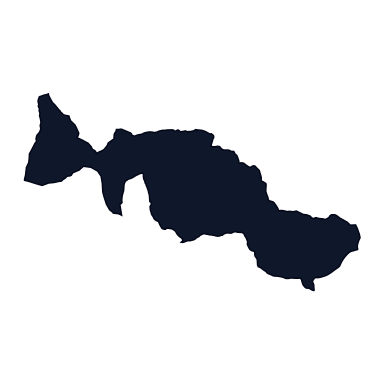 the district of Dagala, Thimphu, Bhutan, rotated 269°
{"feature_id": "84629894B90537236845167", "entity_name": "Dagala", "entity_type": "district", "adm_level": 2, "iso_a3": "BTN", "parent_name": "Bhutan", "parent_adm1": "Thimphu", "projection": "orthographic", "projection_center": [89.65, 27.288], "detail": "fine", "context": "isolated", "style": "filled", "palette": "ink", "viewbox_px": 384, "rotation_deg": 269, "n_neighbors": 0, "source": "geoboundaries", "source_scale": "gbopen_adm2", "svg_char_len": 6060}
<svg xmlns="http://www.w3.org/2000/svg" viewBox="0 0 384 384"><g transform="rotate(269 192 192)"><path d="M156.2,355.0L156.1,349.4L156.4,349.2L157.4,348.4L158.8,347.0L159.7,345.7L160.4,344.3L160.8,343.7L161.4,342.8L163.2,339.6L165.9,336.1L166.7,334.6L166.8,333.7L166.8,331.3L166.4,330.4L165.6,329.4L164.4,328.7L163.8,328.1L163.1,326.7L162.1,324.8L162.6,323.4L162.9,322.2L163.0,320.8L163.3,318.6L163.8,316.6L164.2,315.8L164.0,314.6L163.4,313.3L163.4,312.3L164.5,310.8L165.7,309.9L166.4,308.2L167.1,306.5L167.4,304.5L167.6,302.8L171.2,295.8L170.8,294.7L170.5,292.7L171.0,288.8L170.7,287.2L171.9,282.2L171.9,280.1L171.6,279.0L172.4,278.2L174.3,277.4L176.9,275.9L180.0,273.7L180.7,272.8L181.4,270.8L181.7,269.5L182.8,268.2L185.9,267.6L187.2,267.0L191.1,265.8L193.0,265.8L197.5,266.2L198.9,266.1L199.6,265.5L199.9,264.8L200.8,263.6L201.7,261.8L202.2,261.3L203.5,261.4L204.7,261.5L206.2,261.3L212.4,259.6L215.2,256.8L216.6,255.7L217.1,254.5L217.1,253.5L215.6,250.8L216.0,249.3L218.2,246.2L219.8,244.3L220.2,243.0L220.3,241.7L220.1,239.7L220.7,239.3L222.4,239.3L224.1,238.7L225.9,238.2L228.0,237.2L228.9,236.1L229.2,235.5L230.4,235.2L231.1,234.9L231.9,234.2L231.8,232.4L232.2,231.4L233.0,230.1L233.3,228.7L233.4,227.0L233.3,225.5L233.7,223.5L235.2,221.7L236.9,220.4L237.3,218.3L236.9,216.4L236.9,213.7L237.2,211.9L238.9,212.1L240.9,212.7L244.7,213.9L246.2,214.7L247.9,214.5L249.1,213.4L249.9,212.2L249.6,211.0L252.3,206.3L253.5,202.8L253.8,199.9L254.3,196.8L253.1,194.7L252.5,191.6L252.4,187.9L253.2,186.6L252.7,183.9L252.4,181.4L254.1,179.6L254.2,178.7L253.0,176.4L252.9,176.0L254.0,174.8L254.4,174.1L254.5,171.9L254.4,167.7L254.1,165.4L254.2,163.6L253.3,159.7L252.3,157.8L252.4,156.9L252.0,155.7L252.6,153.2L252.8,150.5L252.3,147.0L251.7,144.9L250.7,143.1L250.1,139.4L249.6,137.4L248.8,135.8L249.6,133.1L251.3,132.4L252.2,131.3L255.2,124.4L256.1,122.4L255.8,119.8L255.8,117.5L253.9,117.1L252.5,116.0L250.7,115.2L246.4,114.9L245.3,113.2L243.5,110.6L242.5,109.1L240.2,108.2L238.6,107.0L235.9,104.7L234.3,101.7L234.0,100.5L232.2,97.2L232.8,97.1L235.0,95.6L236.3,93.2L239.1,91.9L240.6,90.6L242.7,88.8L244.2,85.9L245.3,84.2L248.3,78.0L250.6,79.2L252.8,79.8L257.3,77.9L260.9,76.2L265.4,71.8L268.7,70.6L270.1,70.3L271.1,65.7L272.3,63.8L273.4,63.1L274.7,61.5L275.4,61.5L276.4,60.4L281.5,56.4L283.9,54.0L287.7,52.0L290.6,50.5L291.4,50.3L292.6,50.1L291.9,48.2L291.4,45.6L290.4,42.8L290.2,41.9L289.9,41.1L288.7,40.6L286.5,39.8L284.9,39.7L283.2,40.1L282.1,40.4L280.7,39.8L279.2,40.3L278.4,40.8L277.5,40.9L276.3,40.6L274.9,40.8L273.7,41.4L271.5,41.0L270.6,41.0L268.4,41.6L266.2,42.0L263.7,42.2L261.3,41.4L257.7,41.9L255.7,41.2L254.3,40.5L253.1,39.5L251.5,38.0L249.1,37.2L247.3,37.0L246.3,37.4L244.6,37.0L243.6,36.0L234.9,31.3L233.8,30.6L232.8,30.1L229.0,29.9L224.2,29.3L222.7,28.5L219.4,26.9L211.8,25.9L207.7,24.8L206.6,24.8L206.0,27.1L205.5,28.9L204.8,31.3L204.5,31.9L202.7,37.4L201.2,42.3L203.5,48.8L203.9,54.1L204.9,59.0L205.2,61.7L206.4,62.8L208.0,65.4L210.0,67.4L210.2,70.0L210.8,71.5L213.3,73.1L215.9,79.5L219.6,83.8L218.5,91.4L214.6,98.0L209.4,101.4L202.1,102.5L193.7,102.8L189.5,103.8L181.4,106.2L175.6,109.4L172.9,112.7L172.4,112.8L172.1,113.5L171.8,116.8L171.3,118.8L170.0,121.2L180.8,119.6L181.7,121.0L182.6,121.8L185.1,121.6L189.4,122.1L194.4,123.6L200.9,124.2L204.0,125.5L204.7,126.9L205.8,128.1L206.5,130.5L207.3,132.6L209.4,136.1L211.3,140.3L211.8,142.6L210.9,143.7L207.8,143.7L205.5,144.1L203.6,145.1L202.1,145.2L201.5,145.6L200.6,146.1L199.7,146.3L199.0,146.5L196.7,147.5L195.8,147.6L195.0,148.0L194.2,148.3L191.8,148.7L189.4,149.4L187.9,149.4L183.1,149.7L182.8,150.1L182.4,150.7L182.1,151.0L181.4,151.2L180.4,151.0L179.2,150.4L178.0,149.8L174.4,150.1L172.7,150.7L170.5,151.2L169.4,151.8L167.6,153.0L166.2,153.5L164.8,154.7L164.0,155.9L163.1,158.0L161.5,158.6L159.6,159.4L157.7,160.5L156.8,160.9L156.0,161.6L155.8,161.9L155.2,163.8L155.2,164.3L155.2,164.7L155.5,165.0L155.9,165.7L156.3,166.9L155.6,171.2L155.2,171.9L153.4,174.5L152.6,175.1L151.8,175.5L150.2,176.4L149.4,177.0L147.3,179.1L146.5,180.5L145.4,181.4L144.5,181.8L143.8,182.0L143.3,181.8L142.0,180.3L141.8,181.4L141.8,181.8L142.0,183.0L142.2,183.4L143.5,187.3L143.3,188.4L143.3,189.4L143.5,190.0L144.0,192.0L144.1,192.7L144.4,193.3L145.3,194.8L146.0,195.5L146.6,196.3L147.3,198.1L148.0,198.7L148.8,199.7L150.1,202.7L150.1,203.6L149.8,205.0L149.5,205.9L149.4,207.1L149.1,208.0L149.0,208.9L148.8,209.6L148.8,210.9L148.5,211.6L148.3,212.6L148.3,213.2L148.1,214.0L147.7,215.1L147.5,216.0L147.4,217.3L147.6,219.1L148.1,219.7L148.2,220.8L148.2,221.7L148.9,222.1L149.5,223.1L149.6,223.5L150.5,225.8L150.2,230.6L151.5,233.4L151.5,235.4L151.0,236.5L150.9,237.7L150.7,241.1L149.6,243.1L147.4,244.0L144.9,245.5L141.6,246.7L140.3,246.8L139.4,246.4L138.2,246.6L136.5,247.4L134.6,248.3L133.5,249.0L132.3,250.7L131.6,253.1L130.9,253.6L130.3,253.8L128.9,253.6L127.2,253.9L126.3,254.2L124.6,255.5L123.1,256.1L117.8,256.3L116.7,256.7L116.2,257.0L115.2,259.1L114.6,260.1L113.1,261.8L111.4,264.3L111.1,264.7L109.7,265.8L109.4,266.3L108.8,267.3L108.2,269.0L107.1,271.1L106.7,272.2L106.5,273.3L106.4,275.6L105.8,279.1L105.2,281.4L104.1,284.1L103.9,284.6L103.9,285.2L103.9,286.4L103.9,287.0L104.2,288.7L104.3,289.9L104.2,291.0L103.9,295.1L103.9,295.7L104.0,297.5L103.9,298.6L103.7,299.2L103.2,299.5L102.7,299.8L101.6,300.2L99.4,300.7L97.7,301.3L97.2,301.5L96.2,302.2L94.9,303.3L94.5,303.7L94.2,304.3L94.0,304.8L93.8,305.3L93.8,307.1L93.6,307.7L92.3,309.6L91.8,310.7L91.4,311.8L91.5,312.3L92.0,312.4L93.8,312.2L96.7,312.1L97.8,311.9L100.0,311.0L100.6,310.9L101.1,311.0L101.6,311.3L103.9,313.1L104.2,313.6L104.2,314.2L104.2,314.8L104.2,316.5L104.4,318.3L104.8,320.0L105.8,323.4L106.4,325.0L107.2,326.6L108.1,328.1L109.7,330.6L111.8,333.4L113.7,336.3L114.8,337.7L115.2,338.1L115.7,338.4L117.8,339.4L119.9,340.5L121.4,341.4L122.8,342.4L124.2,343.5L125.5,344.6L126.8,345.8L128.0,347.1L129.1,348.5L129.7,349.5L129.9,350.0L130.3,351.7L131.1,354.6L131.5,356.3L131.9,356.7L133.3,356.4L134.8,356.3L137.2,356.7L140.0,357.6L143.3,359.2L146.7,358.6L153.0,356.5L156.2,355.0Z" fill="#0f172a" stroke="#020617" stroke-width="1.5"/></g></svg>